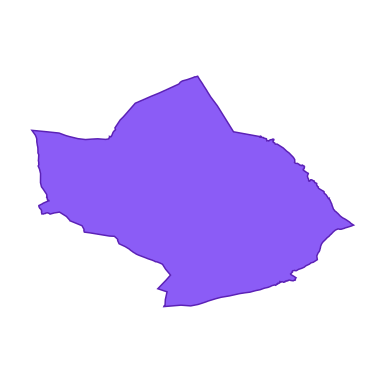 Rollag nor, Buskerud, Norway, rotated 3°
{"feature_id": "86288312B57956747563508", "entity_name": "Rollag nor", "entity_type": "district", "adm_level": 2, "iso_a3": "NOR", "parent_name": "Norway", "parent_adm1": "Buskerud", "projection": "natural_earth1", "projection_center": [9.279, 60.016], "detail": "fine", "context": "isolated", "style": "filled", "palette": "violet", "viewbox_px": 384, "rotation_deg": 3, "n_neighbors": 0, "source": "geoboundaries", "source_scale": "gbopen_adm2", "svg_char_len": 5784}
<svg xmlns="http://www.w3.org/2000/svg" viewBox="0 0 384 384"><g transform="rotate(3 192 192)"><path d="M343.0,209.4L341.3,208.2L338.7,205.7L338.1,205.3L337.0,204.3L335.9,203.7L335.1,202.6L334.3,202.0L332.4,197.6L332.3,196.9L331.4,195.3L330.1,192.6L329.2,191.7L329.3,191.1L328.6,191.3L326.1,187.8L324.1,186.3L323.8,184.7L318.7,182.0L318.0,181.4L317.9,181.2L317.9,180.8L317.7,180.5L317.8,180.3L317.6,180.2L316.9,179.8L316.7,179.2L316.2,178.6L316.0,178.3L316.0,178.1L316.2,177.2L316.0,176.8L314.3,176.3L314.2,176.2L314.3,176.0L313.4,175.2L313.4,174.6L313.2,174.5L312.6,174.5L312.6,174.4L311.9,174.1L311.7,173.9L311.4,173.8L310.5,173.5L309.9,173.6L309.8,174.0L309.2,174.4L309.3,174.6L309.0,175.0L308.4,175.1L308.2,175.0L307.9,174.6L307.8,173.6L307.7,173.0L307.2,172.3L306.5,170.5L306.5,169.5L306.8,168.6L307.2,167.7L307.2,167.4L306.7,167.0L306.1,166.9L305.9,166.7L305.7,166.6L304.9,166.3L304.6,165.8L304.3,165.7L304.0,165.5L303.8,165.5L303.6,165.3L303.3,165.3L302.8,164.8L302.1,164.4L302.2,164.0L301.9,163.8L301.9,163.4L302.2,163.3L302.4,163.2L302.6,162.9L302.6,162.7L302.8,162.5L302.7,161.9L303.1,161.1L302.7,160.7L302.5,160.1L301.5,159.9L301.1,159.4L300.8,159.6L300.3,159.5L300.2,159.6L300.1,159.8L299.8,159.9L299.5,159.9L298.9,159.5L297.9,159.3L297.8,159.1L297.5,158.8L295.8,157.9L294.4,158.0L293.8,157.9L293.3,157.6L293.2,157.4L293.1,157.2L292.8,156.9L293.1,156.4L292.9,154.9L292.9,154.3L291.5,152.2L287.0,148.0L284.3,146.2L280.9,143.3L274.7,139.8L274.3,139.7L273.3,139.9L272.8,139.8L272.4,139.6L272.0,138.7L270.9,138.3L270.7,138.0L270.3,137.7L270.3,136.6L270.8,136.4L270.8,136.0L270.7,135.8L271.0,135.5L271.0,135.2L270.9,135.1L270.7,135.0L270.0,134.9L269.4,135.2L269.2,135.5L268.1,135.6L267.2,135.9L266.8,136.2L266.7,136.5L265.8,137.0L265.4,136.7L265.2,136.7L264.9,136.7L264.7,136.8L264.5,136.7L264.1,136.9L264.0,136.4L263.8,136.2L263.7,136.0L263.6,135.7L263.6,135.1L263.4,134.9L261.4,134.5L261.1,134.3L260.6,134.3L260.5,133.9L260.4,133.9L258.3,133.7L258.2,133.7L258.5,133.5L258.4,133.2L257.7,132.6L256.8,132.9L256.8,133.1L230.3,129.7L212.8,104.6L205.7,96.1L201.7,90.4L201.6,90.1L198.1,85.3L196.7,83.2L193.4,78.8L191.6,76.1L189.3,76.9L188.5,76.9L187.3,77.6L181.4,80.0L179.6,80.6L177.1,81.4L176.4,81.7L174.7,82.9L174.3,83.3L174.0,83.9L173.8,84.2L173.3,84.7L172.8,85.1L154.2,94.8L146.3,98.5L130.7,106.3L120.1,119.8L119.2,120.9L116.6,123.7L111.7,132.0L112.3,133.5L112.3,133.8L111.9,134.1L111.5,134.8L110.8,135.3L110.4,136.1L110.1,136.4L109.6,137.9L109.4,138.4L109.3,138.8L108.9,139.9L108.4,140.9L106.7,140.8L107.0,141.7L106.2,142.5L106.1,143.2L105.9,143.3L105.4,143.5L103.0,144.0L95.1,143.8L89.4,144.4L82.9,145.2L75.3,144.7L66.3,143.0L62.9,142.2L56.2,140.1L43.0,139.4L28.9,138.8L32.5,143.3L33.1,144.4L33.8,146.0L34.2,147.2L34.4,150.0L35.2,153.8L35.5,154.7L35.8,156.2L36.1,160.2L36.1,161.0L37.0,162.8L37.0,167.6L36.9,168.4L37.4,170.7L37.4,171.6L37.6,172.8L37.0,174.1L38.5,177.1L39.8,181.5L40.2,190.6L41.4,194.7L42.9,196.5L47.0,202.0L47.2,203.0L47.2,204.0L47.4,204.3L47.3,204.5L47.5,204.9L47.4,204.9L47.2,205.0L47.8,206.0L47.9,206.3L47.8,206.5L48.1,207.1L48.2,207.4L48.5,207.6L48.5,207.8L49.1,208.0L49.0,207.7L49.3,207.8L49.5,208.2L43.9,211.0L43.2,211.6L40.4,213.2L39.8,213.5L39.8,214.2L40.3,215.4L40.9,216.3L42.0,217.2L42.6,218.2L42.6,218.8L42.8,218.9L42.8,219.0L42.9,219.6L42.8,220.4L43.3,221.8L44.0,221.6L44.5,221.8L46.0,221.2L46.8,221.1L47.3,220.6L49.0,220.3L49.5,220.6L50.0,220.6L50.3,220.8L51.2,221.3L51.4,221.5L55.6,220.1L58.1,219.6L60.7,219.0L67.9,223.0L71.5,226.7L71.6,227.1L83.9,231.4L86.1,234.9L86.1,236.4L86.6,237.7L91.9,238.1L111.7,240.3L116.7,240.3L118.0,241.2L120.3,243.2L120.3,244.4L121.5,246.7L121.9,247.5L128.1,250.0L132.2,252.2L134.0,253.6L135.5,254.5L136.6,255.3L138.1,256.0L138.7,256.4L139.8,257.0L142.2,257.9L149.4,260.2L151.7,261.0L155.7,262.1L158.2,263.0L159.0,263.5L160.5,263.6L161.0,263.7L163.7,264.6L166.3,265.7L169.7,270.5L174.9,276.1L170.7,281.4L162.9,290.4L172.3,293.0L171.0,300.8L171.0,306.3L170.2,307.1L169.9,307.9L186.9,305.6L196.7,305.8L203.9,304.0L207.4,302.7L211.7,301.0L213.9,300.0L221.6,297.2L226.6,295.6L234.8,293.8L244.8,291.0L250.1,289.9L255.1,289.0L260.9,287.1L265.2,286.0L267.3,285.1L268.7,284.5L269.8,284.1L272.8,283.3L275.3,282.2L276.6,281.4L279.3,280.5L280.0,280.7L280.5,280.8L280.7,280.6L281.1,280.0L281.9,279.7L281.9,279.2L282.2,279.2L282.3,278.9L282.6,279.1L282.9,279.0L283.0,278.8L283.3,278.7L283.5,278.6L283.7,278.3L284.1,278.3L284.1,277.9L284.6,277.7L284.4,277.5L284.4,277.3L284.3,277.2L284.5,276.8L284.8,277.0L284.9,277.3L285.4,277.4L285.7,277.3L285.8,277.0L286.4,276.9L286.6,277.0L286.8,276.9L286.9,277.0L287.6,277.0L288.0,277.3L288.3,277.3L288.4,277.2L288.8,277.2L289.5,276.9L289.4,276.6L290.3,276.0L290.7,276.0L291.0,275.9L291.2,276.0L291.3,275.8L291.5,275.6L291.9,275.7L292.2,275.7L292.3,275.4L292.6,275.4L292.9,275.3L293.4,274.9L294.3,274.9L295.3,275.2L297.7,275.4L297.8,275.3L297.9,275.2L298.6,274.8L299.4,274.8L299.7,274.5L299.5,274.1L299.5,273.8L299.8,273.7L300.1,272.9L300.0,272.7L299.9,272.3L300.2,272.1L298.0,270.8L295.0,269.2L294.8,268.9L294.7,268.7L296.5,266.7L296.2,266.1L296.4,265.7L297.1,265.2L297.4,265.3L297.9,265.3L298.6,264.9L299.8,265.2L300.5,265.0L302.4,263.7L305.5,262.5L306.1,262.2L308.0,261.2L309.5,259.8L310.0,259.5L313.0,257.9L314.6,256.5L316.8,255.8L320.7,253.0L320.2,250.6L320.0,249.4L320.0,249.0L320.2,248.7L321.1,246.3L321.7,245.4L322.1,244.9L322.6,243.6L322.7,242.8L323.0,241.8L323.2,240.5L323.3,239.4L324.2,236.9L325.2,235.3L326.8,233.5L327.6,232.7L328.2,231.9L328.7,231.5L329.1,230.8L331.2,229.0L332.7,227.1L333.0,227.0L335.2,224.4L337.2,222.5L339.8,221.2L341.7,221.5L343.6,221.2L344.1,220.9L345.8,220.4L346.9,219.8L348.7,219.2L352.5,217.8L355.1,216.6L352.3,215.0L351.2,214.0L350.5,213.5L348.0,212.0L346.0,210.9L344.2,210.1L343.0,209.4Z" fill="#8b5cf6" stroke="#5b21b6" stroke-width="1.5"/></g></svg>